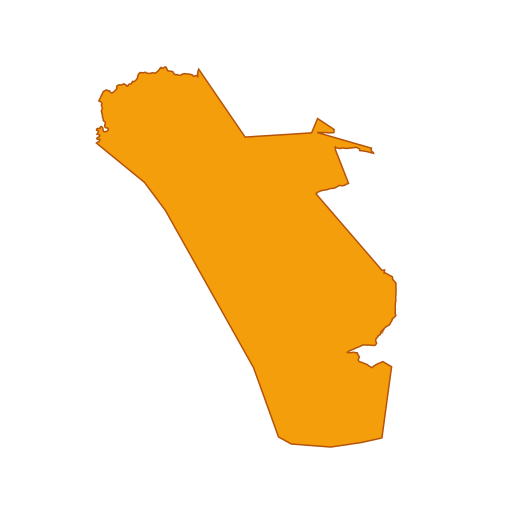 the district of Santo Domingo Petapa, Oaxaca, Mexico, rotated 349°
{"feature_id": "50627088B45073633199756", "entity_name": "Santo Domingo Petapa", "entity_type": "district", "adm_level": 2, "iso_a3": "MEX", "parent_name": "Mexico", "parent_adm1": "Oaxaca", "projection": "mercator", "projection_center": [-95.218, 16.851], "detail": "fine", "context": "isolated", "style": "filled", "palette": "amber", "viewbox_px": 512, "rotation_deg": 349, "n_neighbors": 0, "source": "geoboundaries", "source_scale": "gbopen_adm2", "svg_char_len": 5955}
<svg xmlns="http://www.w3.org/2000/svg" viewBox="0 0 512 512"><g transform="rotate(349 256 256)"><path d="M235.4,61.7L235.0,62.5L234.3,63.6L233.7,65.0L233.4,66.1L233.3,67.2L233.1,68.7L232.8,68.4L232.1,67.6L231.5,67.4L230.9,67.5L230.3,67.7L229.6,67.7L229.0,67.7L228.6,67.3L228.3,66.7L228.2,66.2L227.4,65.9L226.9,65.5L226.4,65.3L226.0,65.0L225.5,64.8L224.8,64.7L224.5,64.5L224.0,64.3L223.2,64.2L221.3,63.6L220.6,63.3L220.0,63.3L218.3,63.4L216.8,64.0L216.1,64.1L215.6,64.1L214.3,63.6L213.1,62.8L212.1,62.7L211.5,62.5L210.9,62.2L210.5,61.7L210.1,61.0L209.9,60.7L209.8,60.3L209.6,59.6L209.5,59.1L208.1,58.6L207.3,58.2L206.4,58.0L205.5,57.7L204.7,57.2L204.4,57.0L204.4,55.7L203.9,54.5L203.8,53.5L203.2,53.2L202.5,53.1L201.9,53.3L201.4,53.6L200.9,53.7L200.6,53.9L199.3,53.7L198.9,52.8L198.1,53.0L197.3,53.8L195.8,55.3L194.9,55.8L194.1,56.3L192.3,57.3L191.5,57.1L190.7,56.8L189.8,56.5L188.9,56.3L187.9,56.6L186.3,56.4L184.4,56.0L183.8,55.7L183.3,55.3L182.9,54.8L182.2,54.5L181.5,54.5L180.9,54.6L180.4,54.6L179.4,54.4L178.7,54.3L178.1,53.9L177.0,53.9L176.9,54.2L176.1,54.5L175.5,54.9L175.3,55.2L174.9,55.8L174.2,57.0L173.9,57.7L173.4,58.7L173.0,59.4L172.1,60.1L171.0,60.8L170.5,61.2L169.3,61.6L168.8,61.2L168.5,61.0L167.5,61.7L167.2,62.5L166.9,62.8L165.7,63.2L164.5,63.1L164.0,63.2L163.0,64.0L162.5,64.8L162.0,64.8L161.0,63.9L160.9,63.1L160.2,62.7L159.6,62.2L159.3,61.8L158.5,61.8L157.8,62.1L157.3,62.4L156.5,62.4L155.9,62.4L155.1,62.0L154.6,61.9L153.1,62.0L152.3,62.3L151.8,62.7L151.6,63.3L151.5,64.1L151.3,64.9L151.2,65.3L148.1,67.5L147.1,68.0L146.4,68.2L145.9,68.4L145.0,68.2L144.5,67.6L144.0,66.8L143.7,65.9L143.2,65.8L142.6,65.9L142.1,65.5L141.8,65.2L141.3,64.6L140.6,64.4L137.6,65.4L136.3,67.0L136.0,67.7L135.3,68.4L134.9,68.9L133.6,70.7L133.2,71.3L132.8,71.8L132.4,72.3L132.1,72.7L131.8,73.2L131.3,73.8L132.3,74.6L133.1,75.0L133.6,75.9L133.9,77.3L132.9,78.5L133.1,79.4L133.3,81.1L133.4,82.0L133.2,82.3L132.7,82.8L132.3,83.3L131.8,84.2L132.0,85.1L131.9,86.4L132.0,86.9L132.1,88.0L132.0,89.0L131.9,89.5L131.8,90.0L131.8,90.8L132.0,91.2L132.2,92.5L132.1,92.8L132.0,93.3L132.0,93.9L132.1,94.2L132.3,94.5L132.7,94.8L133.2,95.2L133.3,95.7L133.5,96.5L133.4,97.1L132.7,98.2L132.5,98.6L132.4,98.9L132.3,99.5L132.3,100.3L132.4,100.9L132.7,101.2L133.1,101.5L134.0,101.8L134.6,102.1L135.4,102.7L135.1,103.6L134.5,104.6L134.0,104.9L133.2,105.0L132.6,105.3L131.8,105.1L131.2,105.3L130.6,105.0L130.0,104.5L129.9,103.9L130.0,102.2L130.1,101.2L129.8,100.4L128.6,99.3L127.4,100.2L126.9,101.2L126.0,100.8L124.7,100.6L123.7,101.1L123.5,102.3L124.3,102.7L125.1,103.2L125.2,103.8L125.0,104.2L124.5,104.8L123.9,105.2L123.1,106.1L124.0,106.5L124.7,106.9L125.4,107.3L125.7,108.0L125.1,108.8L124.0,109.2L122.6,109.7L122.1,110.6L122.7,111.1L123.5,111.4L124.7,111.6L125.0,111.8L124.7,112.3L124.5,112.7L124.2,113.3L123.8,113.7L123.3,113.9L122.4,114.0L120.9,114.7L160.6,162.5L175.8,194.1L232.3,365.2L243.6,438.0L254.8,447.3L292.9,457.8L323.6,459.2L344.9,458.6L364.3,401.3L368.0,390.6L360.4,383.9L359.2,384.1L358.4,384.3L357.7,384.5L356.6,384.7L356.1,384.7L355.3,384.9L354.3,385.2L353.6,385.5L353.0,385.5L352.4,385.9L351.9,386.1L351.4,386.3L350.7,386.5L350.3,386.6L349.3,387.4L348.8,387.7L348.3,387.6L347.9,387.3L347.5,386.9L346.8,386.2L346.1,385.7L345.2,384.6L344.7,384.0L342.7,382.6L340.9,381.5L340.3,381.1L339.8,380.7L339.2,380.4L338.3,380.0L337.0,379.1L336.5,377.6L337.1,376.6L337.3,376.1L338.1,375.2L338.0,374.4L337.7,373.0L337.3,372.6L337.1,372.4L337.1,372.1L336.9,371.8L337.1,371.4L337.0,371.2L336.9,370.3L336.4,370.1L335.6,369.9L335.1,370.1L334.3,369.4L333.2,369.1L331.5,369.0L330.4,368.9L329.4,368.6L328.4,368.5L327.3,368.2L327.6,367.9L328.1,367.5L329.2,367.1L330.2,366.6L331.5,366.6L333.5,366.2L334.5,366.0L336.5,365.4L338.0,365.2L339.7,364.8L341.3,364.5L342.3,364.1L343.7,363.8L344.6,363.8L346.4,364.2L347.6,364.6L348.8,364.7L351.1,365.3L352.1,365.7L353.0,365.8L353.8,366.1L355.5,366.5L356.4,366.0L357.8,364.6L357.6,363.7L357.4,363.2L357.3,362.9L357.4,362.5L357.4,361.9L357.5,361.4L357.7,360.6L358.4,359.9L358.9,359.4L359.7,358.8L360.4,358.5L360.5,357.7L360.9,357.5L361.8,357.2L362.5,357.1L363.1,356.6L363.4,356.0L363.5,355.5L364.5,355.5L364.1,354.9L364.3,354.1L364.6,353.8L365.5,353.4L365.8,353.8L366.0,354.2L366.3,353.4L366.6,353.1L366.6,352.8L367.1,352.7L367.2,352.4L367.8,352.1L367.8,351.7L368.5,351.3L369.5,350.5L370.1,350.4L370.6,350.2L371.3,349.8L372.3,349.6L372.9,349.4L373.8,349.0L374.4,348.5L375.0,347.8L375.3,347.3L376.4,346.1L377.0,345.3L377.8,344.4L377.7,343.9L378.8,343.1L379.7,342.8L380.0,342.6L381.9,341.2L381.8,340.5L381.7,339.3L381.8,338.7L381.9,337.8L382.6,335.1L382.7,333.5L383.2,331.4L383.6,330.3L383.9,328.4L384.6,327.1L384.9,325.6L385.1,323.9L385.3,322.7L385.7,321.5L386.1,320.3L386.6,317.6L387.2,315.1L387.5,312.9L388.0,310.6L388.1,309.4L388.1,309.1L388.1,308.9L387.0,307.2L385.7,305.0L386.0,302.6L381.6,298.9L380.6,298.0L380.0,297.6L379.5,297.2L378.5,297.2L379.1,295.4L379.3,295.1L379.5,294.6L379.6,294.2L377.6,294.2L377.0,294.2L326.8,206.5L326.9,206.1L327.4,206.2L327.8,205.9L328.2,205.5L329.0,205.1L331.2,204.6L332.2,204.4L335.0,204.3L335.8,204.3L337.7,204.5L338.4,204.5L340.0,204.1L340.6,204.1L341.3,204.0L342.4,204.0L343.4,204.2L344.6,204.3L346.3,204.3L346.9,204.1L347.8,203.9L348.5,203.5L349.2,203.4L349.7,203.2L350.4,203.0L350.9,202.7L351.6,202.7L352.2,202.9L353.4,203.3L354.2,203.5L355.1,203.6L355.9,203.6L356.5,203.5L357.3,203.2L358.1,202.8L358.9,202.7L360.3,202.5L360.7,202.4L355.8,175.3L354.8,170.1L354.3,167.2L354.3,166.0L354.5,164.3L354.7,164.0L355.9,165.4L357.8,166.1L359.3,166.7L360.5,166.4L362.0,166.5L363.3,167.1L365.4,167.7L370.9,168.2L375.4,168.5L378.2,170.9L377.9,172.1L378.2,172.5L380.2,172.9L385.5,175.0L388.5,176.5L391.0,177.6L390.9,176.9L390.5,176.3L389.8,175.7L389.4,174.6L389.3,173.2L389.4,172.8L389.6,172.6L389.9,172.2L339.5,146.4L349.6,148.5L350.1,148.8L350.2,149.0L356.0,149.7L356.8,146.7L342.7,132.8L334.1,145.7L308.8,142.5L281.5,138.9L268.0,137.2L235.4,61.7Z" fill="#f59e0b" stroke="#b45309" stroke-width="1.5"/></g></svg>